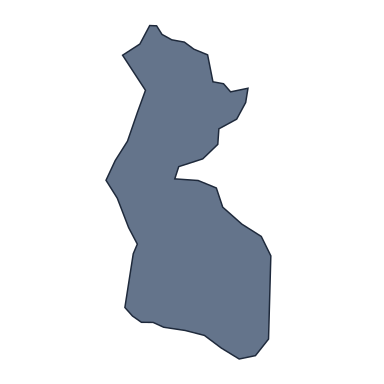 the border of Lira, rotated 4°
{"feature_id": "UGA-3099", "entity_name": "Lira", "entity_type": "District", "adm_level": 1, "iso_a3": "UGA", "parent_name": "Uganda", "parent_adm1": "", "projection": "orthographic", "projection_center": [32.907, 2.332], "detail": "fine", "context": "isolated", "style": "filled", "palette": "slate", "viewbox_px": 384, "rotation_deg": 4, "n_neighbors": 0, "source": "natural_earth", "source_scale": "10m", "svg_char_len": 718}
<svg xmlns="http://www.w3.org/2000/svg" viewBox="0 0 384 384"><g transform="rotate(4 192 192)"><path d="M132.2,115.7L138.5,93.8L113.2,60.4L129.7,48.0L138.2,28.9L145.1,28.7L151.1,36.9L161.2,41.6L173.9,43.0L183.9,49.4L198.0,54.1L205.2,80.6L215.9,81.8L223.5,89.4L240.6,84.6L239.3,99.0L231.5,116.2L214.4,127.1L214.4,142.7L200.4,158.2L177.0,167.6L173.9,180.1L197.3,180.1L216.0,186.3L223.7,205.0L244.0,220.6L264.2,231.5L275.1,250.2L278.6,333.4L266.7,350.8L250.7,355.3L232.2,345.7L214.4,334.2L194.8,330.6L173.2,328.9L162.3,324.8L150.6,325.5L141.3,319.9L133.1,311.9L137.7,257.7L141.1,247.8L131.3,232.0L117.9,203.4L105.4,186.3L113.2,166.0L124.1,145.8L132.2,115.7Z" fill="#64748b" stroke="#1e293b" stroke-width="1.5"/></g></svg>